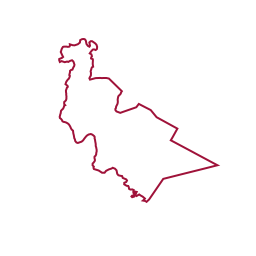 the district of Serrano do Maranhão, Maranhão, Brazil, rotated 299°
{"feature_id": "56859067B78224443987075", "entity_name": "Serrano do Maranhão", "entity_type": "district", "adm_level": 2, "iso_a3": "BRA", "parent_name": "Brazil", "parent_adm1": "Maranhão", "projection": "robinson", "projection_center": [-45.009, -1.886], "detail": "fine", "context": "isolated", "style": "outline", "palette": "rose", "viewbox_px": 256, "rotation_deg": 299, "n_neighbors": 0, "source": "geoboundaries", "source_scale": "gbopen_adm2", "svg_char_len": 3222}
<svg xmlns="http://www.w3.org/2000/svg" viewBox="0 0 256 256"><g transform="rotate(299 128 128)"><path d="M75.6,118.1L76.6,122.9L76.3,127.0L77.5,129.2L79.9,129.6L82.6,131.4L84.6,133.3L85.8,133.9L86.1,136.3L85.4,138.5L82.7,140.8L82.0,142.5L82.4,144.1L83.1,146.2L81.8,147.6L82.2,151.4L81.6,152.6L79.9,152.6L78.3,151.3L76.9,152.0L76.8,154.8L77.4,156.3L76.6,157.4L75.3,158.4L75.3,159.9L76.4,161.6L76.5,163.1L74.6,163.6L73.8,164.4L74.8,165.1L75.9,165.2L76.3,166.6L74.4,166.7L73.4,165.8L71.8,165.9L70.8,164.4L69.8,164.2L69.5,165.2L70.2,165.9L71.2,166.8L73.2,166.9L72.7,168.5L75.3,170.0L75.1,171.5L75.1,172.6L75.1,174.1L74.5,177.0L72.9,176.7L71.8,176.3L72.5,178.3L72.4,180.0L75.7,181.1L100.6,183.5L113.8,197.6L130.5,215.5L138.8,224.3L138.7,219.3L138.4,198.6L138.4,197.5L138.0,171.4L141.5,171.5L143.2,171.5L151.4,171.5L151.3,147.8L154.7,139.2L154.6,135.9L154.5,133.3L154.3,125.8L150.2,125.2L148.7,123.9L140.0,116.1L137.5,113.9L136.9,109.9L137.5,108.4L138.5,107.7L139.4,107.8L141.1,107.2L142.0,107.2L144.1,107.1L145.8,106.5L146.8,105.9L147.6,105.3L148.9,104.8L150.4,104.3L151.6,104.2L153.0,104.7L154.5,105.0L155.8,104.7L157.2,104.8L162.0,87.3L161.2,84.7L160.3,83.1L158.8,80.6L158.3,79.4L156.0,75.6L155.0,74.5L154.2,73.7L151.9,71.3L152.8,70.1L154.5,70.0L155.8,70.1L156.7,69.7L158.4,68.8L159.3,67.9L160.5,67.6L161.6,67.4L162.6,67.1L163.7,67.1L164.7,67.8L165.7,67.0L166.9,66.1L168.5,65.3L170.0,64.6L171.1,63.9L170.9,62.0L171.9,61.6L173.2,61.7L174.0,61.0L174.7,60.2L174.7,58.4L176.2,58.5L178.1,58.8L179.7,59.3L180.3,60.2L180.5,61.9L182.0,62.5L184.0,61.7L185.5,60.1L186.1,58.4L186.3,56.8L186.5,54.5L185.8,53.3L184.1,52.7L181.5,54.9L180.4,54.8L180.4,53.0L181.4,50.9L183.7,49.0L184.6,47.7L184.5,46.3L183.5,44.8L181.7,43.6L179.4,44.5L176.9,43.5L174.4,41.2L173.6,39.5L173.0,36.6L172.1,37.3L170.8,37.3L169.8,36.1L169.3,34.6L168.7,33.6L168.1,32.5L167.4,31.8L166.3,31.7L165.1,31.7L163.9,31.9L162.9,32.2L161.9,32.3L160.5,34.2L159.4,35.7L158.7,36.8L157.4,36.3L155.0,34.4L154.0,34.9L152.7,36.4L154.3,37.5L154.9,40.8L156.6,42.5L156.8,43.7L158.5,44.7L160.1,46.2L159.7,47.9L158.9,48.9L157.4,50.5L155.9,50.9L154.5,50.8L152.1,51.1L151.2,50.1L149.9,49.6L148.7,50.2L145.8,51.0L145.4,51.9L144.2,52.2L143.1,52.3L142.2,52.3L141.3,51.9L138.6,51.6L137.4,51.8L136.0,52.1L135.8,53.7L135.3,55.1L134.5,55.4L133.6,55.0L132.3,55.3L130.8,55.5L129.3,56.4L128.2,57.3L127.0,57.9L125.9,58.8L124.5,59.5L123.6,60.0L122.1,60.3L120.9,60.0L119.9,59.6L119.0,60.0L118.0,60.6L117.5,62.0L116.6,61.4L115.3,61.7L113.5,61.9L112.0,61.4L110.6,61.1L109.7,61.4L108.2,62.0L106.9,62.2L106.0,62.5L104.7,62.8L103.7,63.6L103.5,65.0L102.9,66.4L102.1,67.4L102.1,68.6L102.5,69.7L102.8,71.2L102.8,73.0L102.5,74.5L102.1,75.3L101.3,76.7L100.2,78.1L99.4,79.4L99.0,81.2L96.9,82.7L95.4,84.1L92.9,86.1L92.4,87.0L91.0,88.2L90.3,90.0L90.6,91.4L92.2,92.8L93.5,94.0L95.3,94.7L97.9,95.0L100.2,95.4L101.6,95.8L103.2,96.7L104.7,98.4L104.9,100.0L104.7,101.3L104.5,102.4L104.0,103.2L102.7,103.8L101.9,104.7L100.2,106.0L98.9,107.1L97.9,107.8L96.6,108.5L95.6,109.6L94.6,110.4L93.8,111.1L92.4,111.9L90.6,112.4L89.7,112.9L88.1,113.1L86.8,112.6L85.5,113.2L84.8,113.9L84.0,114.6L83.0,114.9L81.1,114.7L79.8,114.3L78.2,115.1L77.6,116.9L76.4,117.1L75.6,118.1Z" fill="none" stroke="#9f1239" stroke-width="2"/></g></svg>